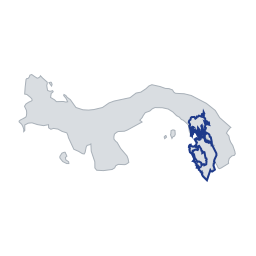 Chepigana, Darién, Panama (highlighted), rotated 5°
{"feature_id": "35544464B97743116241572", "entity_name": "Chepigana", "entity_type": "district", "adm_level": 2, "iso_a3": "PAN", "parent_name": "Panama", "parent_adm1": "Darién", "projection": "mercator", "projection_center": [-78.199, 8.103], "detail": "fine", "context": "in_parent", "style": "outline", "palette": "blue", "viewbox_px": 256, "rotation_deg": 5, "n_neighbors": 0, "source": "geoboundaries", "source_scale": "gbopen_adm2", "svg_char_len": 8770}
<svg xmlns="http://www.w3.org/2000/svg" viewBox="0 0 256 256"><g transform="rotate(5 128 128)"><path d="M230.4,118.5L229.7,119.0L227.7,122.0L226.5,124.5L229.2,127.2L230.0,130.1L231.5,133.2L233.9,136.3L236.5,142.1L237.1,144.4L236.4,145.9L233.9,146.8L231.5,149.5L230.9,152.8L231.3,154.5L224.3,159.7L222.5,160.6L221.3,159.8L219.8,157.2L218.0,155.0L217.1,154.3L216.5,154.2L215.9,154.7L215.7,155.9L216.6,160.8L215.8,162.9L213.5,164.4L210.7,172.5L209.7,171.4L200.7,160.6L192.9,147.1L191.3,141.1L193.3,140.7L195.2,140.8L196.3,139.9L197.5,138.1L196.5,134.0L200.3,130.9L201.7,128.8L202.8,129.0L205.2,132.6L208.8,134.7L213.3,137.6L216.0,138.3L212.5,135.2L206.6,131.1L204.9,128.3L203.3,124.6L201.0,126.2L199.9,127.6L198.7,128.4L197.6,127.4L197.4,126.2L193.9,126.0L193.0,124.9L192.1,124.2L192.5,126.6L193.2,128.0L192.8,129.8L191.7,129.9L190.7,128.1L189.5,126.5L187.8,119.6L183.8,116.4L182.0,115.3L180.5,114.9L178.2,112.7L175.3,111.5L171.3,108.1L166.4,105.6L160.4,104.8L153.1,105.3L150.6,106.7L149.0,108.4L148.2,109.2L143.9,111.2L142.2,114.0L141.2,116.4L139.1,119.2L141.5,120.8L127.5,130.1L124.7,131.5L118.4,132.4L116.9,133.4L115.0,135.3L114.7,138.1L115.0,140.4L116.9,142.3L118.5,143.4L122.4,149.0L129.4,155.9L130.7,158.5L131.8,162.2L129.7,164.0L128.0,164.8L121.4,165.1L119.1,166.6L118.2,168.9L115.8,170.7L107.2,172.6L100.5,172.8L98.5,170.7L97.9,164.6L93.4,154.3L92.4,147.1L91.2,148.0L88.8,148.9L88.0,150.6L87.4,155.9L86.6,157.7L84.7,157.5L80.9,155.6L75.9,153.9L69.5,142.8L68.8,140.7L67.5,138.2L62.6,137.1L58.3,135.2L53.7,134.9L51.3,136.0L48.9,134.7L48.5,131.6L43.7,133.0L37.5,132.5L31.9,131.2L28.1,131.9L24.9,134.0L25.4,139.6L24.4,140.7L24.3,138.4L23.2,135.8L21.8,133.6L19.0,131.4L18.9,130.6L20.0,129.5L25.1,126.2L25.7,124.9L25.8,122.0L25.3,119.3L23.0,115.4L24.3,112.9L26.9,110.9L29.6,109.4L30.1,108.7L29.6,107.3L28.0,105.9L24.3,103.4L22.1,103.2L22.0,96.1L22.2,88.5L22.7,87.7L24.1,87.3L25.1,86.1L25.7,83.9L27.4,83.1L30.3,84.8L33.2,86.3L34.5,85.8L35.4,85.1L36.0,84.3L36.2,83.6L38.6,85.7L43.5,89.3L43.7,91.0L43.3,92.7L44.6,97.6L47.1,98.3L49.7,97.4L50.3,98.3L49.8,99.1L48.5,100.1L48.2,104.3L52.3,106.3L54.4,108.0L61.3,107.2L63.8,107.6L65.6,107.1L63.6,103.8L61.1,101.3L61.3,100.2L63.2,101.0L64.7,102.7L68.1,104.8L74.3,112.1L81.5,113.8L87.1,113.6L92.4,112.6L100.8,109.8L106.9,104.7L111.7,102.4L127.4,97.6L133.0,92.5L135.4,91.8L137.6,91.2L142.5,87.3L145.2,84.3L148.0,82.8L156.3,83.9L161.7,85.3L165.4,85.2L169.0,86.2L170.5,88.3L172.2,89.3L180.9,89.0L188.2,90.1L203.9,96.6L213.4,102.9L218.4,109.7L230.4,118.5ZM72.2,168.6L70.1,168.8L65.9,167.1L62.9,164.0L62.6,163.0L62.7,162.0L64.4,158.8L66.6,157.7L67.5,157.7L69.6,161.4L68.2,162.8L68.8,165.1L71.8,166.8L72.2,168.6ZM173.4,133.0L172.7,134.6L170.9,131.0L171.2,130.1L171.1,126.9L172.7,126.0L174.0,126.0L175.0,126.4L175.6,130.2L175.1,131.9L173.4,133.0ZM48.6,91.1L48.2,92.9L45.3,89.7L47.0,89.1L47.6,89.2L48.6,91.1ZM167.2,133.7L165.5,135.4L164.8,133.8L166.0,132.2L166.4,132.2L167.2,133.7Z" fill="#d9dde1" stroke="#a8b0b8" stroke-width="1"/><path d="M200.3,155.7L197.1,151.9L196.0,148.4L195.1,148.4L194.4,146.6L194.9,145.7L193.6,144.8L194.4,145.1L197.3,143.5L199.3,143.9L199.7,143.0L199.2,142.5L199.4,141.7L198.3,141.3L198.8,140.7L198.1,140.7L197.8,140.5L197.6,140.0L197.5,140.5L197.3,140.5L197.2,140.2L197.2,140.7L197.1,140.8L196.9,140.7L196.8,140.4L196.9,140.2L196.8,140.5L196.6,140.6L196.3,140.1L194.4,141.0L193.1,140.5L192.0,140.8L191.5,140.4L191.8,139.2L191.2,139.3L190.5,140.2L190.3,141.8L191.4,143.1L191.0,144.1L191.8,146.7L194.0,148.2L196.2,152.1L196.7,153.6L195.8,155.1L196.7,155.0L196.9,155.8L197.9,155.9L198.0,156.7L199.5,157.8L199.2,159.9L199.4,158.9L199.8,159.1L199.8,158.9L199.8,158.7L200.4,158.6L199.8,158.9L200.6,159.2L199.9,160.5L200.0,161.5L200.5,161.5L200.4,161.2L200.7,160.8L200.7,160.7L200.5,161.2L201.4,160.9L201.4,161.0L201.5,161.3L201.8,161.1L202.4,161.3L202.4,161.2L202.5,161.0L202.4,160.9L202.7,160.8L203.2,160.9L203.2,161.0L203.1,161.5L203.1,161.0L203.2,160.9L202.7,160.8L202.4,161.4L201.4,161.4L201.3,161.2L201.3,160.9L200.6,161.4L202.0,162.4L202.2,163.5L203.5,164.2L204.1,165.3L205.2,165.0L205.2,166.3L206.0,166.5L205.7,167.8L206.8,169.5L211.2,173.2L213.7,162.8L214.5,163.9L215.8,164.0L218.2,161.9L216.5,158.1L216.6,155.9L217.3,154.6L216.6,153.7L216.9,151.9L218.5,147.5L218.2,145.5L213.4,137.8L212.8,138.0L212.5,136.4L211.2,135.2L208.7,134.3L207.2,134.4L207.9,134.5L210.6,136.1L207.4,134.7L206.7,135.9L207.0,134.8L205.9,134.2L205.2,131.8L204.0,130.3L203.0,130.7L203.3,130.7L203.6,131.0L203.0,130.9L202.9,130.7L203.4,130.1L202.1,129.8L202.7,130.4L202.6,130.6L202.5,130.8L202.5,131.0L202.4,130.8L202.6,130.4L202.0,130.1L202.0,127.9L201.5,127.5L200.2,130.0L200.6,130.4L200.8,130.9L200.0,130.4L200.1,131.8L199.6,132.3L200.3,132.4L200.1,133.0L200.7,133.3L201.2,133.8L199.9,133.2L199.9,132.7L199.8,132.8L199.8,133.0L199.5,132.4L199.5,133.1L198.8,133.0L199.2,133.4L199.0,133.5L197.4,132.0L196.6,132.5L197.1,133.0L196.7,134.1L195.9,133.5L195.5,133.6L197.0,135.8L197.9,136.3L197.3,138.9L195.9,140.1L196.4,140.1L196.6,140.5L196.9,140.1L197.1,140.8L197.1,140.2L197.5,140.4L197.5,140.1L198.3,140.7L200.4,139.6L202.8,142.7L203.1,144.2L204.0,144.5L204.2,146.5L205.8,145.3L206.3,145.5L207.8,151.1L208.7,151.4L209.1,152.6L208.6,153.4L209.1,154.3L209.1,157.4L207.2,158.5L206.8,157.4L205.6,157.6L204.5,158.9L203.9,156.2L201.5,155.1L200.3,155.7ZM188.4,115.2L188.0,116.9L189.5,118.9L189.5,120.0L188.9,120.5L191.1,126.5L191.3,130.2L192.0,130.0L192.5,130.6L192.6,129.0L193.3,128.4L193.2,127.8L192.4,127.6L192.4,125.5L192.0,125.2L192.4,125.1L191.9,123.8L190.8,123.0L191.4,123.2L191.0,122.4L191.7,122.7L192.0,121.9L191.8,121.5L191.6,121.7L191.1,121.6L191.7,121.5L191.3,120.9L191.9,121.3L192.0,121.8L191.9,122.3L192.1,122.0L193.3,121.8L192.8,121.5L192.7,120.7L193.4,121.8L192.5,122.2L192.1,122.1L192.0,122.3L192.1,123.2L192.2,122.8L192.5,122.5L192.8,122.5L192.4,123.5L192.9,124.4L193.1,127.3L194.5,126.2L194.3,125.7L193.8,126.1L193.6,125.8L193.5,126.4L193.3,126.1L193.5,125.2L193.9,124.5L194.0,124.5L193.9,124.2L194.2,124.4L193.7,125.8L194.1,125.3L194.7,125.8L195.0,125.4L194.7,124.7L194.2,124.4L194.0,123.8L195.1,124.9L195.3,125.9L195.7,125.7L195.5,126.4L196.1,126.8L196.6,125.6L195.9,125.2L196.2,125.1L195.8,124.8L195.8,124.7L196.8,125.6L197.3,125.0L196.3,123.9L197.3,124.7L197.5,124.2L197.5,125.0L198.0,124.9L197.0,126.1L198.3,126.7L198.8,124.2L197.8,123.4L198.2,122.7L197.9,122.4L198.4,122.7L197.7,121.9L197.7,121.7L199.1,123.3L198.7,123.5L199.3,124.7L198.6,125.6L199.0,125.5L199.3,126.9L199.0,127.4L198.7,126.8L198.4,127.1L197.6,126.8L197.0,127.8L197.7,129.0L198.7,128.5L198.3,128.1L198.9,128.4L200.0,127.8L199.9,125.6L200.0,126.3L201.0,125.2L203.7,127.8L203.6,126.6L202.6,125.1L202.8,124.4L202.5,124.4L202.2,124.3L202.0,124.1L201.9,124.0L201.7,122.5L202.1,122.4L201.7,121.9L201.2,120.4L201.5,119.9L201.2,119.9L200.9,119.2L201.1,119.0L201.2,119.9L201.5,119.9L201.4,119.6L201.5,119.3L201.8,119.4L201.5,119.4L201.6,119.7L201.5,120.3L201.2,120.4L202.4,122.2L202.3,123.1L203.4,123.9L203.8,123.3L204.0,123.6L203.8,124.6L203.2,124.3L202.8,124.7L202.9,125.5L203.5,126.0L203.9,125.5L203.6,125.5L203.4,125.5L203.2,125.3L203.1,125.2L203.9,125.4L203.9,125.8L203.5,126.1L204.0,126.4L204.1,126.6L204.2,126.1L204.5,126.2L204.2,125.8L204.8,126.1L204.1,126.7L203.7,126.3L204.1,127.1L204.4,127.2L204.5,127.0L204.5,127.5L204.9,127.2L205.5,127.4L205.1,127.0L205.0,126.4L205.1,126.2L205.6,126.5L205.0,126.6L205.5,127.4L205.7,126.9L205.9,127.4L206.3,127.2L205.9,127.5L206.3,128.1L205.8,127.5L204.7,127.5L205.2,128.0L205.2,129.0L204.6,128.0L204.7,127.9L204.8,127.9L205.0,128.0L205.0,127.8L204.2,127.4L204.1,127.9L206.1,133.0L211.0,134.6L212.8,136.2L213.1,137.8L212.6,134.4L211.3,130.0L210.2,129.6L209.8,127.9L208.9,126.9L204.8,125.1L204.5,122.7L205.2,122.7L205.6,121.2L204.2,120.4L205.0,118.4L203.8,115.5L206.1,117.2L208.2,117.6L207.9,117.2L208.4,116.6L208.1,115.4L206.8,115.6L206.1,114.5L204.4,114.0L204.0,111.7L202.3,110.7L202.6,109.3L201.0,108.2L201.7,107.3L202.4,107.7L202.8,107.1L202.0,105.7L202.0,107.0L200.4,107.7L200.3,110.3L197.5,109.5L196.6,110.7L195.6,110.6L195.3,112.0L194.3,112.8L193.2,111.2L190.4,111.6L189.7,112.4L189.5,114.3L188.4,115.2ZM202.4,123.7L202.2,124.3L203.0,124.1L203.0,123.9L202.4,123.7ZM200.9,126.5L200.8,127.3L201.4,127.4L201.3,126.9L200.9,126.5ZM207.2,134.6L206.9,134.4L206.4,134.3L207.2,134.6ZM201.5,126.5L201.2,126.8L201.5,126.8L201.5,126.5ZM204.8,128.2L204.8,127.9L204.7,128.0L204.8,128.2ZM202.1,122.9L201.9,122.7L202.1,123.0L202.1,122.9ZM191.5,123.0L191.6,122.8L191.5,123.0ZM191.7,123.1L191.7,123.4L191.7,123.1ZM199.1,130.3L198.9,130.4L199.0,130.5L199.1,130.3ZM198.4,123.4L198.6,123.3L198.4,123.2L198.4,123.4ZM192.0,122.5L191.9,122.6L191.9,122.8L192.0,122.5ZM198.5,123.0L198.3,123.1L198.4,123.3L198.5,123.1L198.7,123.3L198.5,123.0ZM200.1,128.6L199.9,128.6L200.1,128.6Z" fill="none" stroke="#1e3a8a" stroke-width="2"/></g></svg>